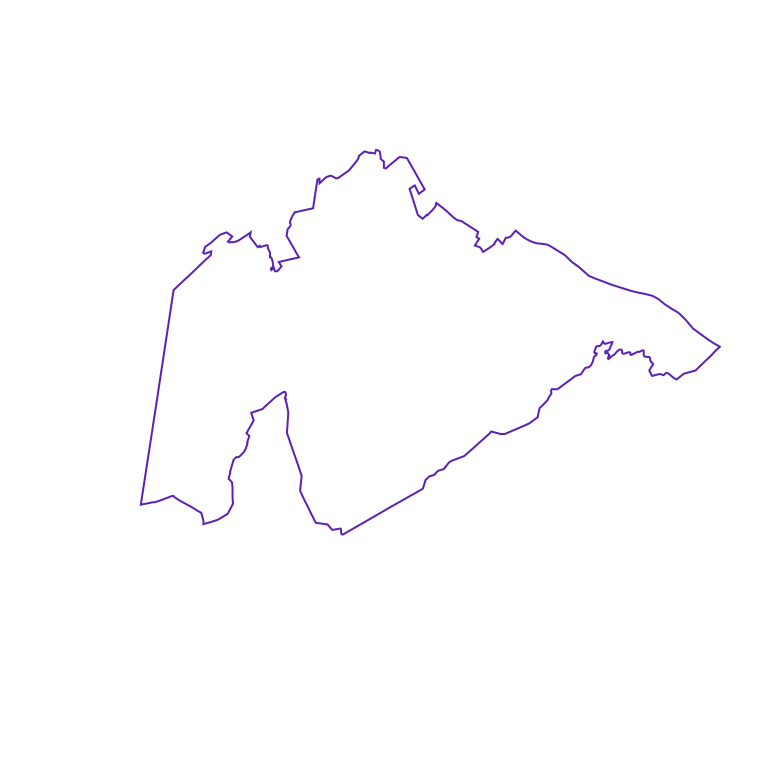 outline of Dvietes pag., Ilukstes, Latvia, rotated 312°
{"feature_id": "27541924B45614258589543", "entity_name": "Dvietes pag.", "entity_type": "district", "adm_level": 2, "iso_a3": "LVA", "parent_name": "Latvia", "parent_adm1": "Ilukstes", "projection": "equal_earth", "projection_center": [26.269, 56.095], "detail": "fine", "context": "isolated", "style": "outline", "palette": "violet", "viewbox_px": 768, "rotation_deg": 312, "n_neighbors": 0, "source": "geoboundaries", "source_scale": "gbopen_adm2", "svg_char_len": 6094}
<svg xmlns="http://www.w3.org/2000/svg" viewBox="0 0 768 768"><g transform="rotate(312 384 384)"><path d="M159.0,343.5L166.6,348.3L172.2,351.5L183.0,354.7L194.0,351.9L197.5,348.2L200.3,345.6L200.5,345.3L204.0,342.3L205.9,340.5L209.1,337.0L209.5,334.3L209.6,332.0L210.4,331.4L215.1,329.2L215.5,328.4L217.2,327.7L220.6,326.0L226.9,323.0L229.4,323.0L230.7,323.2L231.2,323.4L231.9,324.5L232.7,325.0L236.3,325.3L239.6,325.4L240.8,325.2L243.7,324.4L248.2,322.5L249.1,321.4L249.9,321.2L250.0,321.0L255.2,318.7L255.4,314.7L269.6,311.6L273.8,304.6L284.2,310.5L287.2,310.6L293.2,311.2L301.7,312.1L309.6,314.3L311.1,314.9L311.7,315.3L311.9,316.4L311.3,317.2L310.5,318.1L310.5,318.4L310.1,318.7L309.3,319.0L308.4,319.1L308.1,319.4L306.9,320.0L307.0,320.3L307.2,320.5L307.1,320.8L307.2,321.2L307.0,321.5L306.8,321.6L306.2,321.7L305.9,322.0L305.7,322.3L305.2,323.2L305.0,323.3L304.9,323.6L304.6,324.1L304.2,324.9L298.6,332.1L286.9,341.3L282.9,344.4L282.6,344.8L268.3,370.6L266.2,374.5L265.8,375.1L260.6,384.3L249.1,392.6L248.4,393.3L244.8,401.7L242.3,408.3L238.6,417.3L235.2,426.2L239.7,432.7L239.9,433.2L241.9,436.1L241.2,440.7L241.0,442.9L241.1,443.2L241.5,443.7L246.7,447.7L247.4,448.4L247.4,449.1L245.1,451.3L244.2,452.5L244.0,452.9L244.5,454.1L258.1,458.6L260.4,459.3L264.8,460.8L297.6,471.4L331.9,482.9L332.8,482.7L340.5,479.1L345.6,479.5L346.9,480.2L349.8,482.0L350.7,482.2L352.3,482.2L353.4,482.1L355.4,482.2L356.1,482.5L360.0,484.9L361.3,485.4L368.1,484.8L369.7,484.9L371.6,485.4L373.7,486.4L384.1,491.8L395.6,493.2L418.4,495.6L420.4,495.4L424.7,503.8L425.8,505.2L427.8,507.3L451.5,518.2L462.4,520.5L463.0,520.0L463.0,519.9L464.1,519.2L470.1,515.8L480.9,516.4L485.6,515.2L488.8,514.9L490.3,513.1L491.9,512.2L492.6,512.2L493.3,513.1L495.9,516.2L498.4,516.9L502.6,517.7L513.8,520.0L517.6,520.7L521.2,522.6L522.1,523.4L522.6,523.7L523.7,523.7L529.0,522.9L530.3,522.9L530.8,523.0L531.5,523.3L532.0,523.7L533.0,524.7L533.3,524.9L534.1,525.1L536.4,525.3L537.1,525.2L538.1,524.8L539.2,524.5L540.2,524.2L544.9,521.8L545.5,521.9L547.2,522.4L547.9,522.3L548.6,522.1L548.9,521.8L549.0,521.1L548.2,520.3L547.9,519.8L548.2,519.2L549.2,518.5L553.5,516.8L554.6,517.0L555.2,517.3L555.7,517.8L555.8,518.2L556.1,518.6L556.8,518.9L557.9,519.1L559.5,518.9L560.8,518.6L562.0,518.2L561.9,519.6L561.6,520.3L561.5,520.8L561.8,521.5L563.5,522.6L566.1,524.1L567.9,525.6L567.7,525.7L567.4,525.6L567.4,526.0L566.3,526.5L562.8,527.5L560.5,528.4L559.9,528.4L558.9,528.2L558.2,527.8L557.0,526.7L556.5,526.6L556.2,526.7L555.4,527.3L555.0,528.0L555.1,528.4L556.7,529.2L556.7,530.8L556.2,532.0L553.6,532.8L552.8,533.4L552.7,534.0L553.0,534.1L553.5,534.1L554.2,534.5L555.3,534.3L556.4,534.4L559.8,535.5L563.4,535.4L564.8,535.5L566.2,535.7L567.6,536.3L568.2,537.3L568.3,537.9L567.7,539.1L566.4,540.3L566.3,540.8L566.5,541.4L566.9,541.9L568.2,542.8L569.1,543.3L570.5,544.0L571.0,544.5L571.8,544.9L572.0,545.6L572.0,546.3L570.7,547.4L571.0,548.2L573.4,549.3L576.5,550.4L577.6,551.0L578.4,551.9L579.3,552.5L582.1,553.6L582.5,554.2L582.4,554.8L582.1,555.2L579.5,557.4L578.9,558.4L578.8,558.8L578.8,559.2L579.0,559.8L581.5,563.1L581.5,563.5L581.4,563.9L581.1,564.5L580.1,565.5L579.4,566.6L579.2,567.2L579.2,570.2L579.0,570.4L578.4,570.8L572.1,571.9L571.6,572.1L571.4,572.3L571.2,572.7L570.9,573.8L569.7,576.8L569.4,577.8L569.7,578.1L574.5,581.2L576.1,582.4L576.5,582.9L577.2,585.4L577.5,585.7L577.8,585.9L579.5,586.0L580.9,586.2L581.2,586.4L581.6,586.8L582.1,588.7L582.2,589.2L582.3,594.9L583.1,598.4L583.3,598.4L592.4,600.0L602.3,606.4L625.2,608.1L630.2,608.1L636.4,608.7L635.0,602.1L633.8,594.5L633.2,588.9L632.0,576.6L633.6,564.6L633.9,555.1L632.5,548.0L631.2,540.1L630.7,531.0L629.2,524.6L625.8,518.1L621.9,511.6L618.0,504.2L610.1,486.8L603.2,469.1L601.4,463.7L601.4,451.9L600.4,441.5L600.8,432.3L597.6,414.5L596.8,412.3L595.5,409.8L593.9,407.7L591.0,403.7L589.7,401.1L588.3,397.7L587.2,393.8L586.4,389.0L586.1,379.2L578.7,379.4L576.6,378.7L575.3,377.9L574.2,376.6L572.9,377.1L569.4,377.9L567.4,378.5L567.3,376.9L567.7,375.7L567.8,373.6L567.7,371.3L564.0,371.6L562.9,371.8L562.0,372.5L561.3,372.2L560.0,372.2L553.9,370.8L548.4,369.2L549.5,366.0L549.8,364.1L549.2,362.3L547.7,358.9L555.7,357.5L555.1,354.4L560.1,352.2L557.2,334.6L557.0,332.9L556.7,332.3L554.7,328.6L554.3,323.9L554.4,313.0L553.6,301.7L552.3,302.2L552.2,302.5L551.5,303.1L546.9,303.7L545.0,303.6L542.8,303.4L540.5,303.3L540.2,303.4L539.8,303.3L539.3,303.4L539.0,303.2L538.3,303.2L538.2,303.0L538.3,302.6L532.7,302.2L532.2,296.2L546.2,272.4L550.5,273.5L551.7,273.7L552.2,274.0L548.7,282.6L555.8,284.1L567.2,250.1L566.8,249.0L563.1,243.7L548.4,241.4L548.3,241.5L545.4,241.2L544.6,239.3L549.2,235.1L549.0,231.1L550.8,229.2L553.8,225.4L553.6,223.1L552.6,221.5L549.2,223.0L546.9,219.1L546.3,219.1L543.8,213.9L536.7,212.7L535.6,213.4L534.0,214.2L530.9,214.5L519.7,215.1L518.8,214.9L506.6,212.2L504.7,210.7L503.6,205.9L502.4,204.4L498.9,202.6L490.0,201.8L493.4,198.6L491.5,197.7L480.6,204.8L475.8,207.9L475.9,208.0L467.1,213.7L452.4,203.2L451.9,202.7L450.9,203.1L448.0,203.4L447.4,203.5L445.8,204.1L444.1,204.6L442.0,205.4L440.9,206.2L440.6,206.7L440.4,207.5L440.1,207.9L439.8,208.2L438.8,208.6L437.5,208.8L435.4,208.8L434.1,209.0L432.4,210.3L430.2,211.7L429.2,212.2L428.9,212.5L424.9,224.9L423.3,229.7L423.0,230.3L421.3,236.1L404.3,224.2L402.8,229.1L399.0,229.3L396.4,229.2L395.5,228.3L394.9,227.5L396.5,224.5L393.3,224.0L394.1,222.7L396.4,223.0L397.6,222.7L400.9,218.8L402.6,215.6L401.9,214.5L405.4,211.4L407.2,206.9L409.0,205.1L408.8,204.0L402.9,200.3L403.5,199.1L401.2,198.7L403.7,185.7L407.5,183.4L403.9,182.7L392.8,179.7L389.2,177.7L386.2,174.6L385.9,174.5L385.4,172.8L392.1,172.5L391.4,165.6L385.0,162.2L372.5,160.8L366.5,159.3L363.8,160.3L361.2,161.5L360.7,161.5L360.5,162.8L360.6,163.2L360.8,163.4L361.3,163.8L361.5,164.0L363.0,164.7L366.9,166.9L363.9,169.0L353.1,168.0L332.0,166.5L332.0,166.3L313.0,164.8L215.4,229.1L131.6,284.0L137.9,288.8L140.9,290.9L142.7,292.7L145.3,294.3L149.0,296.3L159.1,301.5L160.1,303.1L159.7,304.1L160.7,310.4L163.8,323.3L165.1,330.7L166.0,334.4L162.5,339.9L161.0,341.9L159.0,343.5Z" fill="none" stroke="#5b21b6" stroke-width="2"/></g></svg>